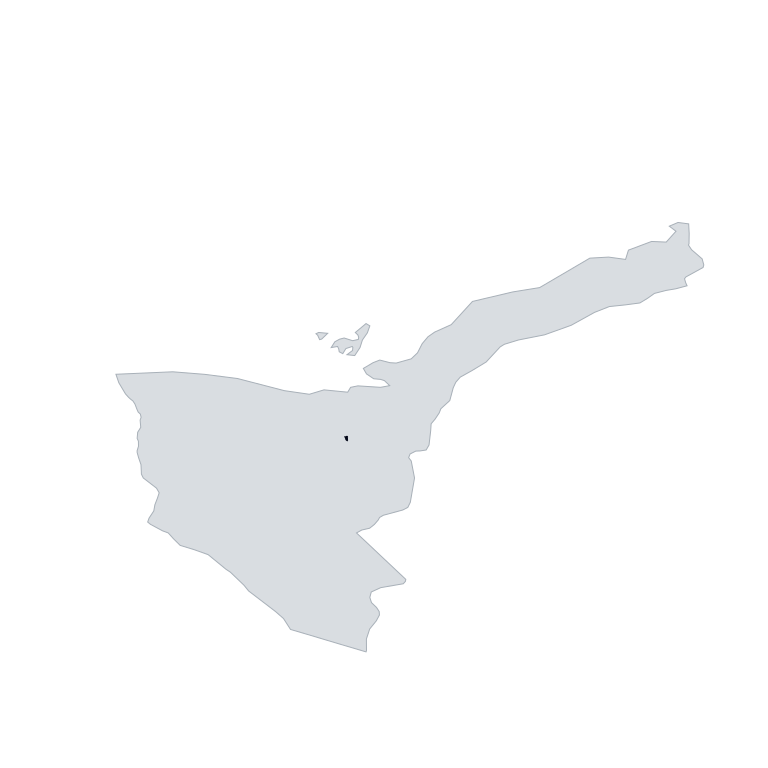 Semienawi Mibrak, Maekel, Eritrea (highlighted), rotated 292°
{"feature_id": "51966322B97443185109629", "entity_name": "Semienawi Mibrak", "entity_type": "district", "adm_level": 2, "iso_a3": "ERI", "parent_name": "Eritrea", "parent_adm1": "Maekel", "projection": "robinson", "projection_center": [38.952, 15.353], "detail": "fine", "context": "in_parent", "style": "filled", "palette": "ink", "viewbox_px": 768, "rotation_deg": 292, "n_neighbors": 0, "source": "geoboundaries", "source_scale": "gbopen_adm2", "svg_char_len": 3079}
<svg xmlns="http://www.w3.org/2000/svg" viewBox="0 0 768 768"><g transform="rotate(292 384 384)"><path d="M128.9,467.7L126.4,441.9L124.8,424.7L123.1,406.5L121.4,389.3L128.9,378.7L132.4,368.6L141.4,336.0L145.0,329.5L152.0,312.0L153.0,307.0L159.9,284.9L159.3,270.3L158.0,255.5L161.7,246.7L165.1,239.7L164.9,233.8L166.4,220.0L167.5,216.6L171.6,216.4L180.1,218.1L186.3,216.8L193.4,216.7L198.9,216.3L202.2,212.1L206.7,196.0L209.6,192.8L211.9,191.8L218.2,188.9L223.6,184.2L228.0,180.8L229.6,180.1L234.3,179.7L239.0,177.7L241.1,175.5L247.0,173.7L252.7,174.7L256.6,172.7L259.2,171.4L262.1,171.3L264.8,169.4L265.9,166.6L267.6,164.8L272.1,160.6L274.2,157.6L275.1,154.5L276.0,152.1L278.0,148.0L285.8,137.7L292.6,131.8L316.2,183.6L325.8,214.2L334.2,246.1L340.5,294.1L346.5,318.6L356.1,330.6L362.8,353.4L368.4,354.3L372.5,360.5L379.6,382.0L384.6,389.9L387.3,383.1L387.0,379.1L385.0,372.5L386.8,364.0L390.7,359.0L399.7,365.9L404.6,371.1L406.0,381.6L408.0,387.5L417.5,399.8L425.4,403.4L435.7,404.3L444.3,407.1L451.2,411.6L464.2,424.1L493.7,435.1L517.6,468.9L531.7,492.2L577.8,527.7L585.8,544.7L590.0,561.3L599.7,560.5L616.4,578.7L621.3,592.5L635.0,597.5L637.2,589.4L643.9,596.1L646.6,606.5L637.8,610.6L628.2,614.3L626.9,614.2L623.7,618.9L619.2,632.1L614.2,635.9L611.6,636.2L596.5,623.9L594.2,623.2L591.0,625.7L588.6,628.2L581.6,618.9L576.5,610.6L569.3,600.8L562.4,596.4L555.0,590.9L547.7,578.0L540.2,563.9L529.2,552.3L508.6,535.6L489.7,514.4L475.2,492.2L465.9,480.7L461.9,477.8L442.7,470.5L429.2,460.4L418.9,452.1L412.5,449.9L406.4,449.6L393.3,451.2L382.4,446.0L377.8,446.0L370.5,444.5L364.8,442.6L358.1,444.8L344.3,448.6L338.6,447.8L335.5,442.6L333.7,438.6L328.9,434.4L325.0,434.4L322.8,438.1L308.3,447.5L284.2,452.7L278.5,452.3L274.2,448.6L262.0,432.5L258.6,429.9L255.8,429.6L250.2,427.7L244.9,424.7L240.3,418.1L235.6,414.3L230.6,427.2L221.8,449.7L217.1,461.8L211.0,477.4L209.1,477.8L206.0,476.7L194.0,457.3L186.4,450.1L180.8,450.8L176.6,454.3L174.0,460.8L171.2,464.8L168.1,466.3L161.6,465.6L151.5,462.5L141.0,463.2L130.3,467.6L128.9,467.7ZM412.4,338.7L415.7,343.5L417.9,343.0L419.7,341.4L421.0,338.1L433.3,344.7L432.6,349.1L425.2,349.4L416.7,347.5L408.8,348.1L399.4,346.2L397.3,338.7L403.3,342.3L406.3,341.4L406.9,340.5L402.6,335.4L396.7,334.4L397.1,330.4L399.7,328.8L401.4,326.9L398.0,321.4L404.7,322.6L408.9,326.0L411.7,329.8L412.4,338.7ZM407.3,304.1L409.9,312.8L402.3,309.4L401.0,307.7L404.4,304.2L405.1,302.1L407.3,304.1Z" fill="#d9dde1" stroke="#a8b0b8" stroke-width="1"/><path d="M321.4,369.5L321.4,369.4L321.3,369.2L321.2,369.0L321.1,368.9L320.9,368.8L320.7,368.7L320.4,368.2L320.3,367.9L320.2,368.0L319.2,369.1L319.0,369.3L318.9,369.3L318.9,369.5L318.7,369.5L318.4,369.7L318.3,369.8L318.2,369.9L318.2,370.0L318.1,370.3L318.0,370.5L318.0,370.8L317.9,370.9L317.9,371.0L318.0,371.0L318.0,370.9L318.3,370.8L318.5,370.8L318.8,370.7L319.0,370.6L319.3,370.5L319.4,370.4L319.5,370.4L319.8,370.3L319.9,370.2L320.0,370.0L320.3,370.0L320.3,369.9L320.4,369.7L320.5,369.7L320.7,369.4L320.8,369.4L321.0,369.4L321.3,369.5L321.4,369.5Z" fill="#0f172a" stroke="#020617" stroke-width="1.5"/></g></svg>